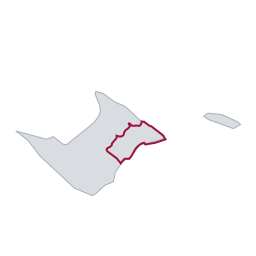 Sangre Grande highlighted on a map of Trinidad and Tobago, rotated 45°
{"feature_id": "TTO-54", "entity_name": "Sangre Grande", "entity_type": "Region", "adm_level": 1, "iso_a3": "TTO", "parent_name": "Trinidad and Tobago", "parent_adm1": "", "projection": "natural_earth1", "projection_center": [-61.154, 10.651], "detail": "fine", "context": "in_parent", "style": "outline", "palette": "rose", "viewbox_px": 256, "rotation_deg": 45, "n_neighbors": 0, "source": "natural_earth", "source_scale": "10m", "svg_char_len": 1359}
<svg xmlns="http://www.w3.org/2000/svg" viewBox="0 0 256 256"><g transform="rotate(45 128 128)"><path d="M150.8,201.0L132.7,208.4L85.4,210.1L65.8,207.4L50.8,209.5L78.2,193.6L81.4,186.8L93.0,185.6L96.3,183.5L100.2,148.3L98.7,139.9L96.4,135.3L91.7,132.0L81.1,127.4L79.4,125.0L86.0,121.1L100.2,119.0L110.8,114.7L132.8,113.9L143.4,110.2L161.4,109.1L152.5,125.3L148.4,131.3L150.0,145.8L148.0,155.7L150.3,168.2L155.7,176.4L152.2,184.5L151.7,196.7L150.8,201.0ZM179.4,65.0L173.3,66.3L174.0,61.1L184.7,52.2L201.0,46.1L205.2,45.9L202.9,53.9L179.4,65.0Z" fill="#d9dde1" stroke="#a8b0b8" stroke-width="1"/><path d="M133.0,113.8L134.9,112.2L141.4,111.3L143.4,110.3L157.9,108.4L162.5,109.5L157.8,119.1L151.9,127.4L149.8,127.0L148.5,129.5L147.9,133.4L148.0,137.1L150.2,145.1L150.7,148.9L147.4,152.1L147.5,155.8L147.9,158.1L141.5,157.4L130.1,159.1L128.0,158.4L127.8,157.8L127.7,156.7L128.7,153.8L128.7,151.7L127.8,150.6L127.5,149.6L127.1,144.1L126.7,142.7L125.4,141.5L128.3,139.9L128.8,139.1L129.5,138.1L129.7,137.1L129.7,136.2L129.4,135.4L128.6,134.1L128.2,133.2L127.8,131.1L128.3,129.1L128.3,126.8L128.2,125.7L127.6,125.1L127.1,124.8L126.4,124.8L125.9,124.6L125.4,124.3L125.6,123.8L128.8,123.5L129.8,123.1L130.4,122.6L132.3,120.2L133.0,119.6L133.9,119.1L134.6,118.3L134.6,117.2L134.5,116.0L133.4,114.2L133.0,113.8Z" fill="none" stroke="#9f1239" stroke-width="2"/></g></svg>